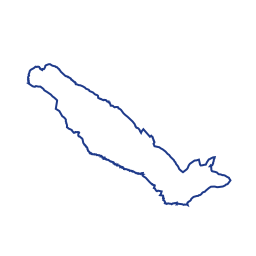 Arpasu De Jos, Sibiu, Romania, rotated 140°
{"feature_id": "2599482B95893109106034", "entity_name": "Arpasu De Jos", "entity_type": "district", "adm_level": 2, "iso_a3": "ROU", "parent_name": "Romania", "parent_adm1": "Sibiu", "projection": "robinson", "projection_center": [24.641, 45.716], "detail": "fine", "context": "isolated", "style": "outline", "palette": "blue", "viewbox_px": 256, "rotation_deg": 140, "n_neighbors": 0, "source": "geoboundaries", "source_scale": "gbopen_adm2", "svg_char_len": 5858}
<svg xmlns="http://www.w3.org/2000/svg" viewBox="0 0 256 256"><g transform="rotate(140 128 128)"><path d="M175.7,226.6L174.3,221.5L173.9,220.7L172.8,219.4L171.6,219.3L170.1,217.4L168.5,216.0L167.8,213.0L167.7,211.9L167.9,210.8L167.3,208.8L167.1,208.5L165.6,203.2L165.5,200.6L165.0,198.8L164.5,195.1L164.7,194.5L171.0,189.1L169.7,185.1L170.8,179.2L170.3,177.8L170.1,175.8L170.2,174.4L171.5,172.9L171.6,172.1L172.3,171.3L172.3,170.8L173.0,169.2L174.3,167.8L173.9,166.5L173.9,165.8L172.8,163.6L172.4,162.5L172.6,162.2L172.6,159.2L171.8,158.6L170.9,158.8L170.2,158.0L168.8,157.0L168.3,156.1L168.4,155.8L169.9,155.4L171.0,154.1L171.1,153.3L170.9,152.9L170.5,152.6L170.2,150.6L170.0,150.3L170.0,148.7L171.8,145.4L172.0,143.9L171.9,143.3L172.1,143.0L171.9,142.7L172.0,142.3L171.8,142.0L171.8,141.5L172.2,141.0L172.1,140.5L171.9,140.2L172.1,139.8L171.9,139.4L172.1,138.5L172.7,137.9L172.7,137.3L173.3,136.3L173.0,135.2L173.1,134.5L173.3,134.1L173.1,133.9L173.3,133.5L172.8,133.1L173.0,132.8L172.6,132.7L172.4,132.3L172.8,131.9L172.5,131.2L172.1,131.1L171.8,130.4L171.3,130.1L171.0,129.6L170.7,129.6L170.6,129.2L170.2,129.1L169.9,128.5L169.4,128.3L169.3,127.2L168.4,126.7L168.2,126.2L168.0,125.7L167.4,125.5L167.3,124.9L166.6,124.1L167.2,123.7L166.5,123.2L166.2,122.8L166.3,122.0L166.7,121.7L166.4,121.0L165.9,120.9L166.2,120.1L165.7,119.8L165.3,119.9L165.4,119.7L165.0,119.4L165.0,119.2L165.3,119.2L165.0,119.0L164.9,118.7L165.2,118.4L165.0,117.9L164.6,117.8L164.6,117.3L163.5,116.2L163.6,115.9L163.4,115.6L163.0,113.6L162.6,113.5L162.2,112.7L162.2,112.4L161.5,111.8L161.1,111.0L161.1,110.8L161.8,110.3L161.4,109.8L161.5,109.4L161.4,109.1L161.6,108.9L161.4,108.4L160.6,108.3L160.8,107.8L160.4,107.2L160.5,106.9L159.9,106.8L160.2,106.5L159.7,106.3L159.8,105.7L159.4,105.6L158.8,104.8L158.6,104.0L159.2,103.0L158.2,102.6L158.4,102.3L158.2,102.0L157.9,101.9L157.9,102.2L157.3,101.7L157.8,101.1L157.3,100.8L157.4,100.2L157.1,99.8L157.1,99.6L157.5,99.1L157.2,98.7L156.8,98.7L156.3,98.0L155.9,97.7L155.3,96.8L155.0,95.9L154.3,95.5L154.3,94.2L153.9,94.2L153.1,93.3L153.2,93.1L153.0,92.8L152.9,92.4L152.2,92.1L152.4,91.5L151.7,91.0L151.2,89.2L150.8,88.8L150.9,88.3L150.4,87.9L150.3,87.5L149.5,87.1L149.7,86.6L149.3,86.4L149.3,86.0L148.6,85.5L148.3,85.5L148.0,84.7L146.8,84.8L145.6,84.0L146.7,83.2L146.4,82.8L147.0,82.9L147.4,82.2L147.2,80.7L146.9,80.2L146.4,78.3L146.2,72.9L145.8,69.3L145.4,69.2L145.5,68.5L144.7,67.5L145.0,67.4L144.7,66.5L146.8,65.4L146.3,64.3L146.7,62.3L146.6,61.3L146.4,60.9L145.3,60.7L143.0,57.8L145.4,56.2L146.6,55.9L145.0,54.1L144.9,53.6L144.7,53.5L145.0,52.9L146.4,51.7L146.4,51.4L145.8,51.2L145.9,50.8L147.3,50.2L147.0,48.9L147.0,48.3L147.4,47.0L148.1,46.8L148.0,46.2L147.2,45.4L147.2,45.2L146.9,45.2L146.7,44.8L145.7,44.5L144.8,43.3L143.7,42.2L143.5,41.5L142.1,41.4L141.3,40.7L140.9,40.7L140.0,40.0L139.1,39.6L139.3,39.5L138.8,38.6L139.5,38.5L139.5,38.2L138.9,38.5L139.1,38.4L138.7,38.3L138.8,38.1L138.7,38.2L135.4,34.7L134.8,33.4L133.9,33.1L133.6,32.6L132.5,31.9L132.1,31.4L131.8,30.6L131.2,32.1L130.2,32.6L129.7,32.4L129.2,32.6L127.2,32.3L126.2,32.4L125.1,33.0L122.7,33.1L121.9,33.0L119.0,31.7L117.9,30.9L116.7,30.9L116.1,30.4L115.6,30.3L114.4,30.2L112.8,30.6L111.6,30.5L110.2,29.8L108.6,30.0L104.4,30.0L102.2,29.7L99.7,27.8L99.0,27.1L97.8,25.4L97.0,24.8L92.9,22.2L90.6,21.6L89.4,21.7L87.8,21.0L83.2,22.0L83.0,22.8L83.0,23.9L82.7,25.0L83.6,27.1L84.3,29.3L85.1,30.5L85.9,31.1L86.8,32.8L88.3,34.4L88.5,36.8L89.4,38.3L91.2,40.6L91.4,41.1L91.1,42.3L89.8,44.0L89.1,45.2L89.2,45.5L89.8,46.0L88.8,46.2L88.9,45.7L88.2,45.7L87.4,45.3L86.9,45.7L85.7,46.0L85.5,46.5L83.6,47.6L82.5,48.7L81.4,49.1L80.3,49.9L81.7,50.8L84.3,51.5L85.4,51.6L86.3,52.0L89.6,51.0L92.0,49.9L92.9,50.6L95.3,51.8L96.4,52.6L96.3,53.7L94.0,58.2L96.4,59.2L97.5,60.0L98.0,60.3L103.6,60.8L105.5,60.3L108.1,58.9L109.5,58.6L114.3,58.8L114.8,60.8L115.1,63.1L115.1,64.0L114.6,65.3L114.3,66.9L114.3,69.5L113.7,71.4L113.9,72.4L113.5,73.9L114.0,78.6L113.8,80.9L114.3,82.6L114.4,85.9L115.2,89.5L115.9,91.1L116.4,93.1L119.4,97.0L118.6,99.5L117.1,99.9L116.7,100.4L116.8,100.9L116.4,101.4L116.3,102.2L116.1,102.3L116.1,102.7L115.7,103.4L115.7,104.0L115.2,104.6L115.2,105.0L114.9,105.6L115.2,106.0L115.2,107.2L116.8,107.2L117.0,117.2L119.8,116.6L121.1,115.9L120.8,117.9L120.4,118.9L120.3,120.6L120.6,122.0L121.2,122.5L121.4,123.1L121.2,123.7L121.3,124.4L120.9,124.9L120.9,125.2L120.4,126.8L120.3,130.0L121.1,136.8L121.7,139.7L122.0,142.2L121.7,146.4L122.1,148.1L122.7,149.1L122.4,149.6L122.3,150.5L123.8,151.9L124.9,152.4L125.2,153.2L125.4,154.9L126.9,156.2L126.3,157.3L126.1,158.9L125.7,159.3L126.3,160.0L125.8,160.8L126.9,161.5L127.0,162.0L126.9,163.0L127.1,163.4L127.1,163.8L127.8,164.3L128.2,165.0L129.0,165.1L129.7,166.5L129.8,167.2L130.3,167.6L130.3,168.1L130.8,168.5L131.0,169.3L131.4,169.8L131.5,170.2L131.2,170.7L130.4,171.7L130.3,172.1L130.7,173.5L131.3,174.2L131.7,175.2L132.0,177.8L133.7,181.0L133.5,182.5L135.0,185.3L135.0,186.6L135.9,189.1L137.1,191.4L138.3,192.6L138.9,194.0L139.9,195.1L139.5,196.2L139.1,196.3L139.0,197.0L139.6,197.6L139.6,198.8L139.9,199.3L139.8,199.9L140.1,200.5L140.0,201.0L140.4,201.6L140.0,202.6L140.3,203.2L140.3,203.7L140.8,204.6L140.8,205.4L141.3,205.6L141.3,206.2L141.7,206.7L141.7,207.1L142.3,207.6L142.5,208.1L143.3,214.5L143.0,215.7L143.2,216.4L142.9,217.3L143.2,218.1L143.3,220.2L144.0,221.0L144.0,221.8L145.9,224.4L146.7,227.0L147.9,227.9L150.6,228.8L151.5,228.7L152.1,228.1L154.1,227.2L154.7,227.2L155.6,228.2L156.5,227.6L157.0,228.8L157.0,229.5L157.3,229.9L157.2,230.3L156.9,230.7L157.0,231.0L156.8,231.9L157.5,232.9L158.7,233.4L159.2,234.3L159.5,234.4L161.7,234.4L164.5,235.0L165.8,235.0L166.8,234.7L167.8,233.9L169.7,232.9L170.0,232.5L169.9,232.0L170.1,231.7L171.5,231.4L172.4,230.6L172.5,229.8L173.2,229.6L173.2,229.2L173.8,228.7L173.6,228.3L174.3,228.0L174.2,227.4L174.7,226.4L175.7,226.6Z" fill="none" stroke="#1e3a8a" stroke-width="2"/></g></svg>